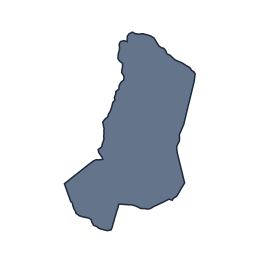 outline of Ilhota, Santa Catarina, Brazil, rotated 64°
{"feature_id": "56859067B31114791802058", "entity_name": "Ilhota", "entity_type": "district", "adm_level": 2, "iso_a3": "BRA", "parent_name": "Brazil", "parent_adm1": "Santa Catarina", "projection": "orthographic", "projection_center": [-48.867, -26.865], "detail": "fine", "context": "isolated", "style": "filled", "palette": "slate", "viewbox_px": 256, "rotation_deg": 64, "n_neighbors": 0, "source": "geoboundaries", "source_scale": "gbopen_adm2", "svg_char_len": 1768}
<svg xmlns="http://www.w3.org/2000/svg" viewBox="0 0 256 256"><g transform="rotate(64 128 128)"><path d="M150.2,209.6L169.0,211.7L171.0,210.9L174.1,211.7L176.9,212.0L179.5,211.8L182.0,212.1L185.5,210.3L188.4,207.2L190.3,204.6L192.0,202.5L194.3,201.3L196.8,201.8L200.6,201.5L202.8,199.3L205.2,198.3L207.2,196.3L209.4,193.8L211.3,191.4L212.2,187.9L209.8,185.2L207.5,183.4L205.2,181.2L202.5,178.9L200.2,176.7L197.6,174.4L195.1,171.8L192.5,169.8L193.5,167.5L195.6,164.0L197.2,161.2L198.9,158.0L201.0,155.8L203.4,153.7L206.0,151.8L207.8,148.2L209.6,145.8L210.2,143.0L209.9,139.2L210.0,133.4L210.1,129.1L210.0,125.8L209.9,122.4L212.3,120.0L211.1,117.9L210.6,114.0L208.3,110.4L205.8,106.8L202.2,101.2L172.3,94.7L168.3,93.4L165.9,92.2L164.1,90.1L162.2,87.5L159.5,86.0L156.5,84.8L149.3,76.4L134.2,64.0L131.8,61.9L114.6,47.7L108.7,43.9L106.3,44.2L104.0,45.6L101.2,45.8L98.9,47.2L97.0,48.6L93.8,50.4L90.4,53.3L87.5,55.8L84.5,57.0L81.2,58.2L78.4,60.5L74.9,60.2L72.2,60.8L70.3,62.9L68.2,64.1L66.1,64.5L62.7,64.8L58.4,65.2L55.2,67.3L52.7,69.8L51.1,71.8L49.6,73.6L48.5,76.9L46.5,80.0L43.7,82.1L43.9,86.0L45.3,88.5L47.6,89.6L50.0,91.0L47.7,93.3L47.0,97.0L49.0,99.4L51.7,100.2L54.4,101.7L56.5,103.8L59.0,105.4L61.4,106.6L64.2,106.2L67.5,104.6L70.7,106.2L72.9,107.9L75.6,109.5L78.6,108.9L81.2,109.5L83.1,111.0L83.8,114.4L86.1,117.4L89.0,119.2L89.9,122.9L92.5,124.5L94.6,126.9L97.3,127.6L98.4,130.5L100.3,132.0L102.7,134.1L105.3,136.8L106.8,139.3L109.0,141.2L109.9,144.8L111.6,148.1L116.0,149.3L118.3,149.8L120.0,151.0L122.3,151.9L124.6,153.4L127.6,154.6L129.4,156.4L131.2,158.2L133.4,159.9L134.3,164.3L137.1,165.0L140.3,164.6L142.6,164.0L145.1,164.5L143.9,168.1L142.6,170.5L142.4,173.3L143.7,180.0L144.2,182.4L150.2,209.6Z" fill="#64748b" stroke="#1e293b" stroke-width="1.5"/></g></svg>